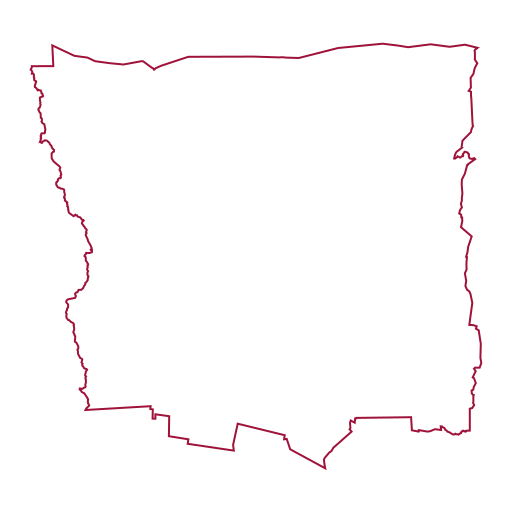 the district of Belgrano, San Luis, Argentina
{"feature_id": "61730980B87239881423217", "entity_name": "Belgrano", "entity_type": "district", "adm_level": 2, "iso_a3": "ARG", "parent_name": "Argentina", "parent_adm1": "San Luis", "projection": "natural_earth1", "projection_center": [-66.853, -32.771], "detail": "fine", "context": "isolated", "style": "outline", "palette": "rose", "viewbox_px": 512, "rotation_deg": 0, "n_neighbors": 0, "source": "geoboundaries", "source_scale": "gbopen_adm2", "svg_char_len": 5755}
<svg xmlns="http://www.w3.org/2000/svg" viewBox="0 0 512 512"><path d="M85.5,410.0L150.6,406.2L150.3,409.0L152.8,409.4L152.6,418.6L155.4,418.7L155.4,414.3L169.2,416.2L168.9,436.2L188.4,439.3L187.7,443.8L233.8,450.6L233.1,444.9L237.7,423.7L284.7,435.2L284.1,439.3L286.7,438.9L290.2,449.3L325.2,468.3L324.7,465.8L323.9,460.0L324.2,458.9L324.8,457.8L329.1,452.7L331.5,451.0L333.3,447.8L351.6,431.6L349.6,429.3L350.3,428.3L350.4,427.6L350.0,423.0L350.7,420.5L354.7,422.7L355.2,418.3L356.3,418.3L356.4,417.9L411.1,417.2L411.9,430.3L418.6,431.6L418.8,431.5L418.6,430.2L418.9,430.1L427.5,431.6L430.2,431.2L435.0,429.2L441.1,430.0L440.7,426.3L442.0,426.4L442.5,427.2L444.3,427.9L444.9,428.8L445.3,429.9L446.6,430.5L447.4,431.6L449.9,432.5L450.4,433.0L453.3,434.6L454.5,434.3L455.2,433.7L456.1,434.3L457.8,434.2L458.6,434.6L459.6,433.7L461.0,433.2L461.1,432.2L461.8,431.8L462.4,430.8L463.2,430.7L463.8,431.2L465.6,431.0L465.6,431.6L466.0,431.5L466.6,430.7L469.8,430.6L469.8,408.7L472.1,408.1L474.2,405.1L473.1,403.0L473.4,401.1L473.3,397.0L473.7,394.9L472.8,394.7L471.8,393.4L471.6,390.5L473.2,389.7L473.8,386.9L475.8,383.1L474.0,378.2L472.7,377.4L475.7,371.2L474.0,368.7L475.0,367.7L479.6,367.7L481.3,363.1L480.4,357.8L480.8,343.8L478.7,330.3L475.9,328.7L476.7,326.3L473.2,325.1L469.3,324.9L472.3,302.9L470.5,294.1L469.7,292.1L468.6,290.7L467.3,290.1L465.4,286.0L466.2,280.9L464.9,273.3L466.6,269.4L466.4,264.1L466.9,257.0L466.1,256.8L467.4,252.5L468.2,246.7L471.7,236.4L461.0,227.2L462.3,221.1L462.1,217.5L461.3,217.4L461.1,214.6L459.2,213.5L460.1,209.9L461.9,207.4L460.9,203.9L461.9,200.4L461.8,198.1L462.4,193.5L461.7,184.5L461.9,179.5L464.9,173.6L467.2,165.0L467.8,164.9L467.9,164.3L475.2,159.1L474.2,158.1L472.0,158.9L469.9,158.5L469.4,158.0L468.8,156.3L469.0,154.2L468.0,153.6L467.7,152.6L465.0,151.7L464.5,151.8L464.0,152.9L462.9,153.9L462.8,154.4L463.2,155.3L463.0,156.1L462.3,156.0L460.1,157.6L457.5,156.3L456.9,157.3L456.0,157.9L455.0,158.6L454.1,158.5L455.0,154.9L456.0,152.6L456.6,151.8L462.0,147.7L461.7,147.5L461.7,146.2L462.5,140.7L471.0,132.0L471.3,130.0L472.2,127.6L473.1,126.2L472.7,125.5L472.4,121.2L471.3,97.8L471.0,96.2L471.0,91.7L468.7,90.9L470.9,87.6L470.6,77.9L473.4,73.9L474.7,68.2L477.3,63.2L474.9,59.7L474.9,52.9L474.6,50.5L475.1,49.6L477.6,47.8L465.0,44.7L449.6,46.8L430.7,44.3L408.1,47.2L398.2,45.6L382.7,43.7L338.1,48.0L298.8,58.0L285.9,57.6L282.5,57.2L279.1,57.4L253.8,56.6L188.3,56.8L161.3,65.7L155.5,68.3L154.4,69.6L154.0,69.7L153.3,68.5L152.1,67.9L143.1,61.3L141.5,61.2L123.4,64.5L109.9,63.2L95.1,61.2L87.5,57.6L74.3,55.8L52.3,45.4L53.3,66.1L31.8,66.2L31.9,67.1L30.7,69.7L31.4,70.1L32.3,71.9L31.9,73.7L33.1,73.6L33.5,73.9L34.0,75.2L33.8,77.3L34.4,78.1L34.1,78.8L34.2,80.0L34.5,80.4L35.9,81.1L36.2,81.7L34.9,85.3L35.0,86.2L34.8,86.5L34.9,87.0L36.6,88.4L37.6,90.3L38.1,90.3L38.6,89.8L39.4,90.3L40.8,90.5L41.5,92.5L41.4,93.1L42.5,94.0L42.6,95.1L43.0,95.5L43.1,96.0L42.6,96.6L40.4,97.2L39.9,97.6L39.9,99.9L40.4,102.6L40.2,103.8L40.6,105.0L39.9,107.1L39.5,107.8L38.8,108.2L38.3,109.4L39.5,112.2L40.6,113.3L40.8,117.8L41.4,118.0L41.9,118.9L41.9,120.9L41.5,121.6L42.4,123.1L44.3,124.2L45.4,129.6L45.0,130.8L45.0,132.3L44.5,133.3L41.5,133.4L41.2,133.9L41.1,135.8L40.7,135.9L40.7,136.8L41.2,137.9L40.6,138.7L40.9,139.6L40.2,141.4L40.4,141.3L40.6,142.1L41.3,142.8L41.9,142.9L42.9,141.4L43.6,141.2L44.8,140.3L46.8,140.6L49.3,142.7L49.7,143.9L51.6,146.2L51.8,147.4L52.6,148.6L54.0,149.9L53.9,151.6L53.0,151.9L51.6,153.5L51.7,158.3L53.4,161.1L54.5,162.2L59.8,166.7L60.3,167.7L59.5,169.9L60.4,171.1L61.3,174.7L60.6,175.7L60.9,177.4L60.5,178.2L59.9,178.0L58.7,178.5L57.9,179.5L58.0,180.6L57.1,181.5L57.0,182.0L56.2,182.5L56.3,185.0L57.1,185.9L57.4,186.8L58.3,187.6L59.3,187.6L60.8,188.6L62.5,188.8L64.0,189.5L64.2,190.1L64.2,192.0L64.9,194.3L64.7,195.9L64.0,196.9L64.3,198.1L64.9,198.4L64.9,200.4L65.6,200.9L65.6,201.3L67.3,202.4L67.0,203.1L67.0,203.9L67.4,204.4L67.5,205.1L67.2,206.1L67.9,206.6L67.8,207.3L68.2,208.1L68.1,209.6L68.5,210.2L68.4,211.2L69.1,212.9L73.6,216.2L75.3,214.7L76.1,215.5L76.9,215.3L77.9,216.7L80.4,217.5L81.8,219.6L83.2,219.9L83.7,220.4L83.3,221.0L82.8,221.1L82.0,222.6L81.9,223.4L83.5,225.5L83.5,225.9L84.5,226.7L84.9,227.8L86.4,229.3L86.8,230.1L85.9,232.1L86.6,233.1L86.5,233.5L86.0,234.0L85.7,235.1L87.8,239.7L88.1,241.2L90.7,245.6L91.2,247.2L91.7,248.0L91.6,248.7L90.7,249.7L91.0,250.1L92.0,250.0L91.9,252.2L89.6,253.0L86.2,252.9L85.9,254.1L84.8,255.0L84.5,255.7L84.5,256.2L85.6,257.1L85.8,257.7L85.8,260.7L87.0,262.0L87.4,263.1L88.1,263.9L88.2,264.9L87.6,265.2L87.4,266.1L87.8,267.1L87.1,268.9L87.2,269.7L88.1,271.2L87.5,272.4L87.4,273.1L87.6,275.3L88.4,276.2L88.1,276.7L88.3,277.4L87.7,278.5L87.8,280.0L86.2,282.3L85.3,283.0L85.2,284.5L84.2,285.8L83.0,288.3L81.3,289.8L78.5,289.9L77.8,291.7L77.3,292.2L75.8,292.7L75.1,293.8L75.3,294.9L75.9,296.0L75.1,297.9L68.1,299.3L66.6,300.4L66.2,301.8L66.5,302.7L67.9,304.2L68.2,305.6L68.0,307.6L67.1,308.5L67.0,310.1L66.4,310.9L66.1,311.9L66.0,312.9L66.7,314.0L66.3,315.9L66.5,317.8L68.2,320.0L69.3,320.2L70.6,321.7L73.2,323.1L74.0,324.6L73.6,325.8L74.0,326.5L74.2,329.6L73.3,332.1L73.8,333.3L74.3,333.9L74.6,335.4L75.2,336.1L75.2,338.0L74.8,341.2L75.2,342.0L76.3,342.6L76.8,343.4L78.3,346.4L78.3,348.5L77.4,349.6L77.9,350.9L78.0,353.4L78.4,354.6L80.1,357.9L81.9,358.8L82.3,359.5L81.5,362.5L82.6,363.7L82.2,364.9L82.3,365.6L83.0,366.2L83.9,367.9L85.0,368.7L86.6,369.1L87.1,369.6L85.8,371.8L85.6,373.3L85.2,374.2L85.2,375.5L86.1,376.5L85.5,377.5L85.4,378.7L85.9,379.4L85.9,382.5L85.3,384.7L85.6,386.7L85.2,387.3L83.7,387.8L82.6,388.8L79.8,388.5L79.7,389.6L80.7,390.0L81.5,391.7L82.8,392.6L84.1,393.1L87.4,397.9L87.6,398.8L88.1,399.2L87.8,402.0L88.2,402.5L88.1,403.3L88.5,404.3L89.2,405.2L89.1,405.7L86.3,408.4L85.5,410.0Z" fill="none" stroke="#9f1239" stroke-width="2"/></svg>